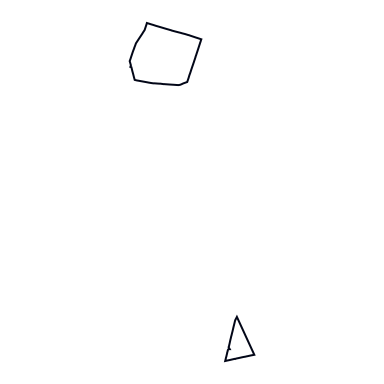 Jaltenco, México, Mexico (Mercator projection)
{"feature_id": "50627088B10595565108776", "entity_name": "Jaltenco", "entity_type": "district", "adm_level": 2, "iso_a3": "MEX", "parent_name": "Mexico", "parent_adm1": "México", "projection": "mercator", "projection_center": [-99.083, 19.711], "detail": "fine", "context": "isolated", "style": "outline", "palette": "ink", "viewbox_px": 384, "rotation_deg": 0, "n_neighbors": 0, "source": "geoboundaries", "source_scale": "gbopen_adm2", "svg_char_len": 2170}
<svg xmlns="http://www.w3.org/2000/svg" viewBox="0 0 384 384"><path d="M147.5,23.2L146.9,23.0L146.6,24.0L146.4,24.7L145.6,27.1L144.6,30.1L143.2,32.2L142.3,33.7L139.3,38.2L137.6,40.8L135.9,43.4L135.9,43.5L135.1,45.7L134.2,48.0L134.2,48.3L133.8,49.2L132.9,51.6L132.2,53.7L131.1,57.0L130.5,58.9L129.7,61.1L130.6,64.3L130.9,65.3L130.4,66.9L131.4,67.2L131.7,68.4L132.4,71.3L133.2,74.2L133.9,77.0L134.7,79.9L137.1,80.5L137.3,80.5L140.6,81.1L143.9,81.7L147.2,82.3L148.7,82.6L151.7,83.1L153.1,83.3L155.9,83.4L156.7,83.5L159.7,83.7L160.5,83.7L163.4,84.1L164.2,84.1L165.2,84.2L169.4,84.5L174.1,84.8L175.4,84.9L176.7,85.0L176.9,85.0L178.5,85.1L180.1,84.8L181.4,84.3L183.3,83.4L184.7,82.9L187.2,82.0L188.3,78.8L188.7,77.6L189.0,76.5L189.5,74.9L190.0,73.6L190.2,73.0L190.5,72.1L190.7,71.5L191.3,69.6L192.7,65.5L193.3,63.8L193.3,63.7L193.8,62.3L194.4,60.4L194.7,59.6L195.1,58.3L195.4,57.5L195.6,56.6L196.2,55.0L196.5,54.0L197.7,50.4L198.9,46.7L199.6,44.5L199.7,44.3L200.2,42.6L200.5,41.9L201.1,39.8L201.3,39.3L196.8,37.8L196.7,37.8L193.4,36.7L190.7,35.8L189.0,35.2L187.4,34.8L187.2,34.7L184.9,34.0L182.1,33.3L180.8,32.9L179.2,32.5L175.3,31.5L171.6,30.5L171.5,30.4L168.8,29.6L166.0,28.8L162.3,27.7L158.6,26.6L155.8,25.8L153.1,24.9L151.7,24.5L147.5,23.2ZM254.3,354.8L252.9,351.7L252.7,351.3L244.7,333.9L236.9,316.9L236.2,318.3L235.4,319.8L235.0,320.9L234.7,322.2L234.4,323.5L234.3,323.8L234.1,324.7L233.6,326.6L233.6,326.8L233.3,327.8L233.3,328.0L233.0,329.2L232.9,329.7L232.7,330.5L232.4,331.8L232.3,332.1L232.0,333.3L231.6,335.0L231.1,336.8L231.0,337.3L230.8,338.2L230.4,339.8L230.2,340.6L230.2,340.8L230.1,341.1L229.7,343.0L229.5,343.9L229.4,344.3L229.0,346.1L228.9,346.6L228.7,346.9L228.6,347.2L229.7,349.1L229.4,349.1L228.2,349.4L227.8,350.3L227.7,350.7L227.7,350.9L227.1,353.0L227.1,353.4L226.8,354.5L226.3,356.7L226.1,357.2L225.6,359.4L225.4,360.2L225.2,361.0L227.0,360.6L228.9,360.2L230.7,359.8L232.4,359.4L234.5,358.9L234.8,358.9L235.1,359.0L235.5,358.8L235.8,358.7L236.9,358.4L237.4,358.3L238.0,358.2L242.0,357.3L242.9,357.1L244.0,356.9L245.2,356.7L246.1,356.5L246.4,356.4L247.5,356.2L251.1,355.4L252.7,355.1L254.3,354.8Z" fill="none" stroke="#020617" stroke-width="2"/></svg>